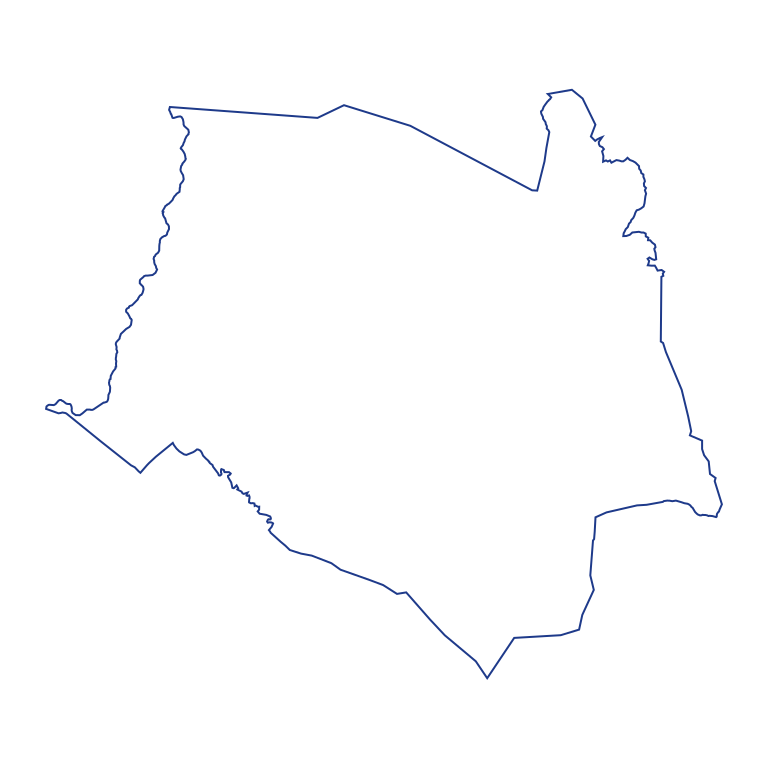 outline of Santa María Zacatepec, Oaxaca, Mexico
{"feature_id": "50627088B32232692879146", "entity_name": "Santa María Zacatepec", "entity_type": "district", "adm_level": 2, "iso_a3": "MEX", "parent_name": "Mexico", "parent_adm1": "Oaxaca", "projection": "mercator", "projection_center": [-98.002, 16.768], "detail": "fine", "context": "isolated", "style": "outline", "palette": "blue", "viewbox_px": 768, "rotation_deg": 0, "n_neighbors": 0, "source": "geoboundaries", "source_scale": "gbopen_adm2", "svg_char_len": 6085}
<svg xmlns="http://www.w3.org/2000/svg" viewBox="0 0 768 768"><path d="M46.1,408.9L58.5,413.3L60.6,413.0L62.4,412.5L65.2,413.0L66.4,413.5L100.7,441.3L131.0,465.3L134.8,467.3L138.7,471.4L140.4,472.8L146.9,465.3L149.0,463.1L155.9,456.7L172.8,442.9L173.9,445.1L176.5,448.6L179.4,451.4L184.1,454.4L186.4,454.9L193.1,452.2L194.9,451.1L197.0,449.4L198.4,449.6L200.4,450.7L201.7,452.5L203.1,455.7L206.0,458.7L208.1,460.5L209.0,461.5L208.8,461.6L210.0,463.2L212.5,465.0L213.1,466.8L218.1,473.4L218.8,475.3L219.9,475.6L221.3,474.6L221.5,473.7L221.0,472.5L221.0,471.5L221.1,469.6L221.4,469.1L223.8,470.0L224.2,471.0L224.2,471.7L224.6,472.1L228.9,472.1L230.7,473.5L230.2,474.5L228.0,475.8L228.1,477.2L231.2,482.4L232.4,487.8L233.6,488.2L234.1,488.0L236.6,485.4L238.2,488.3L237.3,489.5L241.5,491.6L242.5,493.3L243.8,493.9L247.6,492.6L246.8,494.1L246.5,495.5L247.5,495.9L249.0,495.4L249.5,496.6L249.6,498.1L249.3,498.7L249.0,502.1L249.1,502.4L250.9,503.3L252.8,503.1L254.4,503.5L254.7,505.9L255.5,505.5L258.1,506.8L259.2,506.7L259.1,509.7L257.7,511.4L259.6,513.7L266.3,514.9L270.2,516.5L270.9,518.2L270.6,519.3L270.0,519.5L268.7,519.2L268.1,519.5L267.5,520.5L267.1,521.6L267.9,522.7L269.5,522.3L271.5,522.5L272.8,523.1L273.1,523.5L271.6,526.9L268.9,530.1L270.1,531.6L270.6,532.7L280.7,541.8L285.5,545.8L289.8,550.0L301.0,553.6L311.7,555.6L331.4,563.2L340.5,569.7L369.9,580.1L383.2,585.1L397.0,593.9L406.2,592.4L429.9,619.4L444.8,635.3L475.8,661.3L487.2,678.2L514.2,637.9L560.7,635.2L579.1,629.6L582.3,614.9L593.8,589.9L590.3,575.4L593.0,540.5L594.1,539.1L594.7,531.7L595.5,517.3L606.5,512.4L637.0,505.4L646.6,504.8L662.8,501.9L663.8,501.1L667.2,500.6L669.6,500.7L672.3,501.2L675.9,500.6L681.4,502.2L684.3,503.2L687.7,503.8L689.1,504.5L690.4,505.5L691.5,507.0L692.6,507.8L695.1,512.0L696.7,513.6L697.8,514.5L700.0,515.4L701.4,515.3L702.7,514.8L703.7,515.0L705.5,515.0L707.3,515.4L708.4,516.0L709.7,515.8L712.6,516.1L716.1,517.1L716.7,516.6L716.7,515.9L717.0,513.9L718.1,512.2L718.9,511.6L719.6,509.5L721.9,504.3L714.7,481.1L715.6,478.0L710.0,474.0L708.7,461.4L704.1,455.2L702.1,449.1L702.1,440.6L689.9,435.4L691.2,431.2L688.2,416.6L681.7,389.8L665.9,352.0L663.1,343.0L660.8,341.5L661.4,276.8L663.3,275.8L662.8,273.6L664.1,271.8L661.6,270.0L657.6,270.6L656.0,267.5L654.8,265.6L651.8,265.7L647.8,265.3L648.6,263.2L649.1,260.9L647.6,258.8L649.4,257.5L652.4,259.3L654.4,259.9L656.2,259.3L655.5,252.8L654.7,250.7L654.3,248.8L655.5,247.2L654.9,244.6L652.2,242.6L650.2,240.3L648.0,240.2L648.3,237.7L645.8,236.4L645.7,233.6L643.5,232.5L641.4,232.5L638.9,231.8L632.3,232.5L629.8,234.8L626.3,236.0L623.3,236.1L623.7,233.2L624.9,231.0L625.7,229.2L627.8,227.1L629.0,223.6L630.6,222.1L631.2,220.2L633.3,217.9L634.4,215.6L635.4,212.6L636.7,210.3L639.0,209.6L641.1,208.4L643.6,206.5L644.5,203.3L645.4,196.2L646.1,193.7L644.9,190.2L646.0,188.0L644.1,186.0L643.9,183.4L644.9,181.3L644.4,179.2L643.4,176.9L643.4,174.5L641.3,173.1L640.7,170.5L639.2,168.8L639.0,166.1L635.5,162.6L632.9,161.1L629.9,160.0L627.5,157.8L625.5,159.8L623.3,161.3L621.4,161.3L619.3,160.6L616.4,160.1L611.4,162.7L610.0,160.4L607.8,161.5L606.0,160.4L603.1,161.7L603.4,156.0L602.1,151.3L603.9,149.1L602.4,147.2L599.8,146.0L598.9,144.1L598.8,142.0L602.2,137.1L599.9,138.0L597.2,139.4L595.2,140.9L590.9,136.5L595.4,124.7L582.6,98.5L571.9,89.8L547.8,94.0L551.2,97.3L550.0,99.2L548.9,100.0L548.5,100.7L547.6,101.4L545.3,104.5L543.7,106.8L542.4,110.2L541.0,111.4L541.1,112.6L541.4,113.9L542.9,116.9L543.1,118.8L545.5,122.2L545.8,124.1L546.7,125.8L546.9,126.8L546.7,128.6L548.4,130.2L549.3,132.1L546.4,148.0L544.5,161.4L537.2,190.6L532.1,190.3L410.3,125.8L344.0,105.2L317.5,117.9L169.9,107.0L169.1,109.9L170.2,112.0L170.8,113.9L171.2,114.1L172.5,117.8L173.1,118.0L174.0,117.9L177.9,116.7L180.2,116.4L181.5,117.0L182.9,119.3L183.5,122.2L183.6,124.6L184.3,126.1L188.3,129.7L188.9,132.4L188.4,133.7L188.5,134.2L186.5,136.3L184.9,139.6L184.5,141.4L183.7,142.8L182.9,145.2L181.4,147.0L180.7,148.3L181.0,148.9L181.7,149.3L183.4,151.6L184.7,154.0L185.3,156.6L185.5,158.4L185.8,158.8L185.4,159.9L184.3,161.5L182.4,163.6L182.3,164.5L181.2,166.0L180.5,169.5L180.7,170.9L181.7,172.9L183.1,175.2L183.7,179.2L182.9,181.2L180.5,184.1L180.2,184.7L180.1,187.4L179.7,188.1L179.8,188.9L179.5,191.8L176.9,193.6L176.1,194.4L175.6,195.2L174.4,196.3L173.2,198.4L172.6,199.9L171.2,201.4L168.9,203.7L167.0,204.7L166.8,205.2L165.4,206.0L164.7,207.4L162.5,211.2L162.5,211.7L163.4,212.1L162.7,213.4L163.0,214.1L163.2,215.4L164.4,217.6L165.1,218.3L166.5,223.3L168.0,224.5L168.9,226.3L169.0,229.1L167.3,232.5L166.9,234.5L165.5,235.8L164.3,236.0L162.0,237.3L160.3,239.1L159.8,241.1L159.9,242.3L159.5,243.9L159.3,245.9L159.2,250.6L158.1,252.7L155.9,254.4L155.4,255.1L155.1,256.0L154.1,256.8L153.6,258.9L154.2,260.6L154.2,262.1L154.6,263.9L155.9,266.2L156.2,267.9L157.1,269.5L155.5,272.8L152.6,275.0L147.6,275.6L145.7,275.6L144.5,276.0L144.0,276.2L143.5,276.9L140.2,279.7L139.8,280.9L139.8,283.3L140.5,283.9L140.7,284.4L142.1,285.6L143.1,286.8L143.5,288.7L143.5,289.6L142.6,292.8L141.4,294.9L140.5,295.1L139.6,296.1L138.3,298.1L137.8,299.4L132.1,305.2L129.6,306.1L129.0,306.8L128.9,307.6L126.9,308.6L126.1,309.9L126.1,311.4L126.3,312.0L127.8,313.4L129.4,316.3L130.3,318.4L131.1,318.8L131.7,320.0L131.0,324.8L129.5,326.9L126.2,328.9L120.9,333.9L119.7,337.5L119.6,338.6L116.6,341.8L115.9,343.1L115.8,344.3L116.6,347.0L116.4,349.4L117.0,350.6L117.3,352.3L116.4,353.8L116.1,356.9L115.9,357.6L115.8,359.5L116.3,361.1L116.0,363.6L116.2,366.7L115.5,367.1L115.5,368.5L113.1,371.4L110.8,375.8L110.5,379.1L109.8,379.4L109.4,380.3L109.4,381.1L109.0,382.7L109.3,384.9L109.9,386.0L110.2,387.7L109.9,391.8L108.4,395.0L108.4,396.1L108.2,398.8L107.7,400.5L107.0,401.6L106.5,401.9L104.3,402.6L103.6,402.6L93.5,409.4L92.2,409.9L90.9,409.9L90.1,409.6L86.8,409.6L82.4,413.4L79.8,415.2L75.7,415.1L72.6,413.0L71.9,411.5L71.6,410.0L71.8,408.8L71.6,407.0L71.1,405.5L70.5,404.4L69.9,404.0L68.0,404.0L66.5,403.7L65.8,403.3L63.2,401.2L62.3,400.9L61.1,400.0L59.7,400.0L58.6,400.6L55.5,404.2L53.8,405.1L49.6,404.8L48.7,404.9L47.5,405.6L46.5,406.5L46.1,408.9Z" fill="none" stroke="#1e3a8a" stroke-width="2"/></svg>